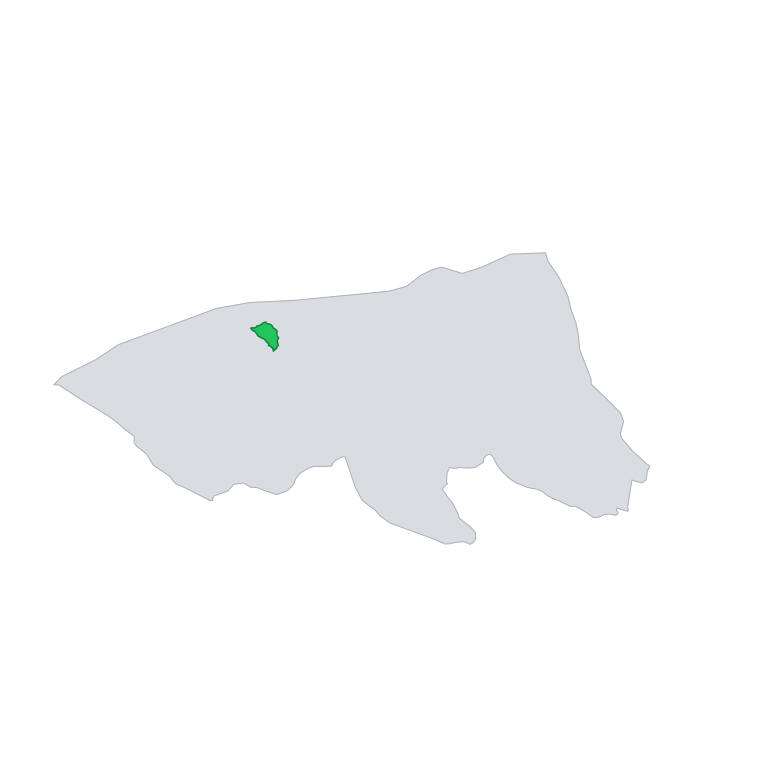 Sanquin Dist #1, Sinoe, Liberia (highlighted), rotated 124°
{"feature_id": "62588387B9002390323622", "entity_name": "Sanquin Dist #1", "entity_type": "district", "adm_level": 2, "iso_a3": "LBR", "parent_name": "Liberia", "parent_adm1": "Sinoe", "projection": "equal_earth", "projection_center": [-9.186, 5.483], "detail": "fine", "context": "in_parent", "style": "filled", "palette": "green", "viewbox_px": 768, "rotation_deg": 124, "n_neighbors": 0, "source": "geoboundaries", "source_scale": "gbopen_adm2", "svg_char_len": 3557}
<svg xmlns="http://www.w3.org/2000/svg" viewBox="0 0 768 768"><g transform="rotate(124 384 384)"><path d="M184.9,323.4L190.0,317.6L197.6,298.8L208.2,280.8L218.0,270.2L225.9,259.2L234.1,250.8L246.0,241.0L264.1,215.1L268.3,212.1L271.3,194.3L275.8,171.5L281.1,164.4L293.4,160.2L296.2,156.3L300.6,140.3L303.4,121.6L303.7,117.6L308.6,117.1L316.8,113.1L321.6,114.9L323.8,120.2L324.9,124.8L350.0,113.1L352.2,110.7L353.5,111.1L356.7,121.6L358.5,121.0L360.0,117.9L361.7,117.7L363.6,119.1L365.6,124.0L368.8,128.3L374.2,131.4L377.7,135.7L377.3,146.9L378.6,157.8L381.0,160.3L382.2,166.8L382.9,174.0L384.2,177.7L385.1,185.0L384.6,192.7L385.6,198.1L389.6,207.5L392.1,219.4L392.1,227.8L390.7,236.6L388.0,244.7L383.3,253.5L382.9,256.9L385.7,259.2L389.9,259.7L393.4,257.9L402.4,261.9L407.0,267.7L411.1,274.9L414.8,278.5L416.5,283.0L422.8,281.8L430.1,277.4L431.6,275.4L433.8,276.5L438.5,276.9L441.8,269.1L444.5,260.1L450.2,250.3L453.0,246.5L453.7,240.3L454.0,232.2L456.1,225.2L460.8,221.4L465.9,221.5L468.6,222.9L470.0,229.6L474.1,234.8L477.6,238.3L479.4,239.8L482.4,243.8L485.1,257.5L496.0,301.5L495.5,313.7L493.3,321.6L493.3,329.4L492.5,337.1L485.9,349.7L466.3,375.4L467.8,377.7L472.5,380.6L477.3,382.2L481.2,381.4L486.1,387.8L491.4,395.9L497.0,400.1L505.1,403.8L512.1,404.2L518.1,402.8L526.6,404.4L535.6,411.1L538.9,422.1L541.0,431.8L544.2,436.7L544.6,445.0L551.0,452.3L560.2,453.8L572.0,462.4L575.0,461.9L576.3,460.9L577.8,462.5L580.8,487.3L583.1,500.5L581.9,505.8L580.3,510.0L580.3,530.0L574.9,541.5L574.0,554.2L572.5,558.3L566.8,561.9L566.8,571.6L565.2,583.3L564.7,595.8L566.3,628.4L566.6,652.7L569.2,657.3L558.0,655.3L525.2,636.7L499.8,626.1L415.1,565.3L391.5,540.9L364.4,504.6L304.1,431.6L290.3,419.9L273.0,414.2L262.3,408.0L254.7,401.2L248.6,381.0L233.5,369.0L205.7,351.9L184.9,323.4Z" fill="#d9dde1" stroke="#a8b0b8" stroke-width="1"/><path d="M399.4,507.3L399.4,507.7L399.2,507.9L398.4,508.9L398.0,511.2L398.7,513.4L399.2,513.9L399.3,514.0L399.4,514.4L399.4,515.1L399.4,515.3L399.3,515.9L399.1,516.3L398.8,516.5L399.3,517.2L399.6,517.3L400.4,518.0L400.7,518.1L401.1,518.3L401.6,518.8L402.9,518.8L403.4,519.0L403.6,519.3L404.5,519.7L405.3,520.2L406.1,520.9L407.0,521.8L407.4,521.7L408.1,521.6L408.9,521.8L409.2,522.2L409.7,522.7L410.3,523.5L411.2,524.7L411.8,525.5L412.2,525.6L412.3,525.4L412.6,524.4L412.7,523.8L413.0,523.3L413.0,522.7L412.9,522.1L412.8,521.2L412.8,520.5L412.9,519.4L413.3,518.4L413.6,517.5L414.1,516.4L414.5,515.4L414.6,515.1L414.6,514.4L414.5,514.2L414.4,513.6L414.4,513.2L414.4,512.7L414.4,512.4L414.4,511.4L414.4,510.8L414.3,510.5L414.0,510.1L413.9,509.7L413.9,509.2L413.8,508.7L413.7,508.2L413.7,507.5L413.9,507.1L414.1,507.0L414.1,506.5L414.4,505.7L414.8,504.8L414.9,504.2L415.0,503.7L414.9,503.1L415.0,502.2L415.2,501.8L415.4,501.6L416.0,501.5L416.5,501.5L416.7,501.3L416.6,501.0L416.4,500.4L416.2,499.7L416.3,499.6L416.3,499.1L416.3,498.6L416.5,498.3L416.4,497.7L416.3,497.3L416.3,496.6L416.7,496.4L416.7,496.2L416.7,495.7L416.9,495.7L417.1,495.8L417.3,495.8L417.4,495.5L417.6,494.9L417.9,494.6L418.2,494.5L418.5,494.3L418.5,494.1L418.4,494.1L418.0,494.0L417.3,493.8L417.1,493.8L415.7,493.5L415.3,493.2L415.0,493.0L414.9,493.0L413.5,493.5L413.0,493.4L412.5,493.3L410.9,493.3L409.4,495.2L409.3,495.4L409.0,495.7L408.2,496.4L408.1,496.5L407.9,496.6L407.3,496.8L406.9,496.9L405.9,497.0L405.0,497.0L404.9,497.1L404.6,497.3L403.9,499.6L403.3,500.2L402.9,500.4L402.5,500.9L402.0,501.3L401.0,501.7L400.8,501.7L400.3,501.8L399.6,502.8L399.3,504.3L399.3,505.4L399.4,507.1L399.4,507.3Z" fill="#22c55e" stroke="#15803d" stroke-width="1.5"/></g></svg>